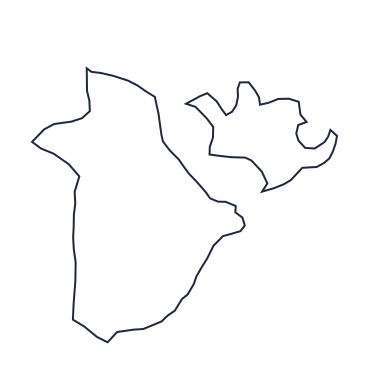 outline of Milia Ammochostou, Cyprus, rotated 262°
{"feature_id": "46923920B90595863135808", "entity_name": "Milia Ammochostou", "entity_type": "district", "adm_level": 2, "iso_a3": "CYP", "parent_name": "Cyprus", "parent_adm1": "", "projection": "mercator", "projection_center": [33.805, 35.225], "detail": "fine", "context": "isolated", "style": "outline", "palette": "slate", "viewbox_px": 384, "rotation_deg": 262, "n_neighbors": 0, "source": "geoboundaries", "source_scale": "gbopen_adm2", "svg_char_len": 1605}
<svg xmlns="http://www.w3.org/2000/svg" viewBox="0 0 384 384"><g transform="rotate(262 192 192)"><path d="M329.1,105.0L306.7,102.1L296.9,103.1L286.3,102.1L280.4,93.4L278.5,82.6L278.5,65.0L274.6,54.3L263.9,40.6L256.1,48.5L249.3,60.2L236.7,73.8L223.1,82.6L208.5,75.8L196.8,74.8L186.1,71.9L173.5,69.9L163.8,68.0L152.1,67.0L138.5,67.0L120.1,64.1L97.7,59.2L82.2,56.3L73.4,67.0L61.7,77.7L54.9,87.5L63.8,98.4L63.8,105.3L63.8,115.3L63.1,124.7L66.3,137.2L68.1,144.0L73.1,150.9L76.8,158.4L87.4,167.2L91.1,173.4L100.5,180.9L107.9,184.7L116.6,191.5L124.1,197.8L135.9,205.9L144.0,216.5L145.3,226.5L146.5,234.6L151.5,239.6L159.6,238.4L165.8,232.1L172.0,233.4L177.6,224.0L178.8,216.5L183.2,209.0L189.4,205.9L196.3,201.5L201.9,197.8L210.6,191.5L217.4,187.8L226.1,183.4L236.1,175.9L246.0,170.3L252.9,169.7L264.7,169.7L274.6,169.7L291.4,168.4L297.6,160.9L305.1,152.8L311.3,144.0L318.2,129.7L322.5,118.4L325.0,109.1L329.1,105.0ZM280.2,198.4L275.9,207.2L263.4,216.5L253.5,222.1L242.9,220.3L234.2,215.9L226.7,214.6L224.2,223.4L221.1,235.3L218.6,249.6L214.9,255.3L202.5,264.0L190.0,267.8L182.6,261.5L184.4,274.0L186.9,284.0L190.0,291.5L200.6,304.6L199.4,319.0L202.5,327.1L206.2,332.7L212.4,337.1L219.9,340.9L227.4,343.4L234.2,337.7L228.0,334.6L223.0,330.2L218.0,319.6L219.9,310.2L228.0,304.6L235.4,303.4L243.5,306.5L245.4,315.2L253.5,310.2L266.5,310.2L270.9,300.9L272.1,290.3L269.7,280.3L269.0,271.5L276.5,271.5L284.0,268.4L292.7,263.4L293.9,254.6L287.7,251.5L280.2,250.9L271.5,247.8L265.9,242.8L263.4,236.5L269.0,233.4L278.4,229.0L287.7,220.9L285.8,213.4L280.2,198.4Z" fill="none" stroke="#1e293b" stroke-width="2"/></g></svg>